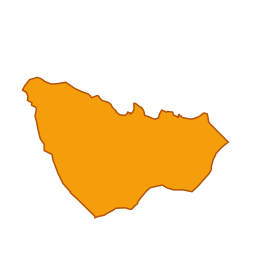 Azum, Central Darfur, Sudan, rotated 66°
{"feature_id": "16777658B93719594104494", "entity_name": "Azum", "entity_type": "district", "adm_level": 2, "iso_a3": "SDN", "parent_name": "Sudan", "parent_adm1": "Central Darfur", "projection": "mercator", "projection_center": [22.965, 12.946], "detail": "fine", "context": "isolated", "style": "filled", "palette": "amber", "viewbox_px": 256, "rotation_deg": 66, "n_neighbors": 0, "source": "geoboundaries", "source_scale": "gbopen_adm2", "svg_char_len": 2605}
<svg xmlns="http://www.w3.org/2000/svg" viewBox="0 0 256 256"><g transform="rotate(66 128 128)"><path d="M196.7,194.6L196.6,194.0L196.4,193.4L197.2,189.0L198.0,185.2L197.5,181.8L197.0,174.8L196.4,171.6L197.6,168.5L200.0,162.7L203.2,159.1L203.6,157.2L202.3,154.3L200.8,149.9L199.5,149.1L197.0,144.8L192.9,136.2L191.6,131.6L192.6,126.9L194.0,120.0L199.4,116.0L200.2,114.8L203.0,111.6L207.1,102.6L212.2,95.5L209.6,87.7L206.3,80.6L202.8,72.8L200.2,69.1L196.6,67.2L191.7,63.2L188.8,59.7L187.0,57.9L183.7,50.0L183.4,49.0L181.7,42.3L181.7,42.2L176.4,44.2L165.5,48.3L164.3,48.8L163.7,49.0L162.8,49.3L159.1,50.8L157.1,51.5L156.9,51.6L156.7,51.7L156.3,51.7L155.3,51.6L153.9,51.5L153.1,51.3L151.1,50.7L149.9,50.4L147.6,50.0L147.4,50.0L146.4,51.0L145.3,52.3L145.1,52.5L145.4,54.1L146.4,57.9L146.4,61.0L146.4,61.6L146.1,64.2L146.1,65.0L145.8,65.8L145.0,67.7L144.1,69.0L143.1,70.5L141.0,73.5L140.9,73.6L140.5,74.1L139.6,74.4L138.7,74.6L138.4,75.1L138.2,75.7L137.6,75.7L137.1,75.7L136.5,75.7L136.4,76.1L136.8,76.5L137.0,76.6L137.1,76.8L138.3,77.4L138.7,78.1L138.2,78.4L137.6,78.4L134.6,81.2L132.8,80.8L131.5,80.9L131.3,81.3L130.7,82.4L128.9,85.4L129.2,86.3L127.0,88.4L125.3,90.0L128.3,93.7L131.1,96.2L130.9,100.1L125.4,105.2L123.3,107.6L119.1,106.7L115.5,107.0L112.5,109.1L108.5,111.2L107.9,112.6L113.1,114.7L115.6,117.4L116.2,119.4L116.0,120.2L115.9,120.1L115.6,120.0L115.3,119.9L115.1,119.8L114.9,120.1L114.6,120.5L114.4,120.8L114.2,121.0L113.7,121.4L113.6,121.5L113.4,121.6L113.5,121.8L114.6,123.4L114.7,123.5L115.0,123.9L115.1,124.1L115.2,124.3L115.1,125.1L114.8,126.7L114.7,126.8L113.7,128.3L113.6,128.5L112.9,129.5L112.7,129.9L112.6,130.0L112.4,130.3L112.3,130.5L112.2,130.5L111.0,131.2L110.7,131.3L110.2,131.6L109.9,131.7L109.7,131.7L109.0,131.8L108.7,131.9L108.0,132.0L107.9,132.0L107.2,132.1L106.7,132.3L105.5,132.8L103.2,133.8L101.6,133.9L99.4,134.0L96.3,135.8L95.4,136.9L94.9,137.5L94.4,138.1L94.2,138.3L92.9,139.9L92.7,140.2L92.6,140.3L91.4,140.8L89.6,141.6L88.9,141.7L88.4,141.7L87.2,141.7L87.0,141.8L86.7,142.1L86.2,142.5L85.9,142.8L85.7,145.3L85.6,147.4L85.4,149.1L83.6,149.2L80.4,150.7L79.1,152.2L76.6,154.9L70.3,160.5L60.9,166.3L60.6,167.5L59.0,173.6L57.5,178.2L56.9,180.0L56.3,180.6L52.0,184.8L47.4,187.5L44.9,190.4L44.8,190.8L43.8,198.3L47.3,204.9L50.4,209.0L54.3,206.3L58.3,206.5L61.8,208.6L65.8,205.6L68.1,206.9L71.5,203.7L73.6,204.1L79.5,208.2L84.9,208.9L93.5,211.0L102.4,212.5L108.7,211.2L114.5,213.8L121.3,208.2L126.5,209.5L141.4,210.4L152.6,209.9L163.1,206.5L163.6,207.0L166.6,205.7L172.1,203.3L194.6,194.4L196.0,194.5L196.7,194.6Z" fill="#f59e0b" stroke="#b45309" stroke-width="1.5"/></g></svg>